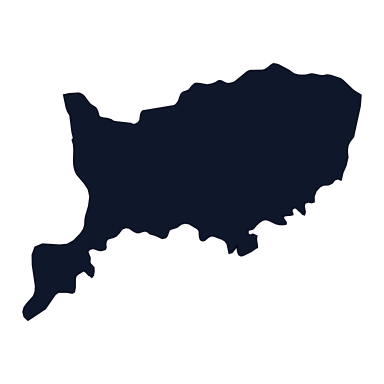 outline of Río Negro
{"feature_id": "URY-9", "entity_name": "Río Negro", "entity_type": "Department", "adm_level": 1, "iso_a3": "URY", "parent_name": "Uruguay", "parent_adm1": "", "projection": "equal_earth", "projection_center": [-57.526, -32.894], "detail": "fine", "context": "isolated", "style": "filled", "palette": "ink", "viewbox_px": 384, "rotation_deg": 0, "n_neighbors": 0, "source": "natural_earth", "source_scale": "10m", "svg_char_len": 3467}
<svg xmlns="http://www.w3.org/2000/svg" viewBox="0 0 384 384"><path d="M28.0,320.2L24.2,316.6L23.0,311.9L24.2,307.5L27.0,303.6L33.5,296.4L35.3,291.6L35.6,286.1L32.5,265.1L32.3,254.9L35.1,247.2L42.5,244.1L59.4,245.2L67.2,244.5L73.8,240.8L80.7,233.7L83.6,229.3L84.9,225.2L85.1,219.6L86.0,215.3L88.7,206.2L90.0,196.5L88.4,189.3L84.7,183.5L76.8,174.2L75.0,170.2L74.0,165.7L73.7,160.7L74.0,149.8L73.6,144.3L72.3,140.1L73.6,138.2L72.1,132.0L70.0,115.1L67.8,111.7L66.4,107.8L63.7,95.0L63.8,95.0L69.1,93.8L78.4,93.2L79.9,93.5L82.0,94.5L83.1,95.4L84.0,96.2L84.6,96.9L84.6,97.0L89.5,103.5L90.3,104.3L91.2,105.0L95.2,107.5L96.0,108.3L96.6,109.2L97.6,111.4L98.7,115.5L98.9,116.1L99.4,116.8L100.9,117.5L103.1,118.1L107.4,118.6L111.2,119.8L113.0,121.2L115.2,121.8L131.2,123.6L132.1,124.3L133.5,124.6L135.1,124.4L137.9,123.0L139.1,121.6L140.0,120.3L140.6,115.5L140.9,114.0L141.4,112.8L142.0,111.8L142.8,111.0L174.5,105.7L176.2,104.3L177.0,103.4L178.3,101.5L178.8,100.4L180.0,96.9L180.1,96.7L180.3,96.2L181.1,94.3L181.8,93.4L182.6,92.6L183.6,92.1L187.9,90.6L188.8,90.1L190.5,88.2L191.0,87.4L192.5,85.7L194.1,84.2L195.1,83.6L196.9,83.4L199.3,83.6L205.9,84.8L207.6,85.0L212.3,84.0L215.5,82.8L218.3,81.0L219.5,80.7L221.1,80.9L225.0,82.9L226.7,83.5L228.6,83.7L231.8,83.1L233.6,82.5L235.0,81.8L246.9,72.1L248.9,71.0L250.6,70.6L262.1,70.4L264.5,69.9L265.5,69.4L267.3,68.3L270.8,65.4L272.6,64.2L273.5,63.8L275.5,64.1L278.3,64.8L288.2,70.0L294.0,74.0L298.4,75.2L302.4,75.4L306.4,75.2L311.0,74.0L312.9,74.1L320.0,75.6L322.3,75.8L324.1,75.7L326.4,75.1L327.7,75.0L330.8,75.5L340.8,78.9L342.7,80.3L352.7,89.8L355.1,91.6L361.0,95.1L360.1,106.2L354.2,133.2L353.5,136.7L349.8,141.5L348.0,145.1L347.3,149.6L347.3,152.6L347.8,157.4L345.9,165.5L342.7,172.8L341.1,180.0L337.7,178.7L334.4,180.0L332.3,182.9L328.7,184.7L323.3,185.0L320.1,186.6L317.7,189.1L316.0,191.0L314.0,196.3L314.0,197.9L314.1,201.8L311.7,202.6L308.3,201.9L305.2,202.9L304.2,205.1L304.3,207.5L305.2,212.0L304.4,214.8L302.7,214.2L299.7,211.1L298.7,210.5L297.5,209.1L295.9,207.9L294.0,207.8L291.9,209.5L291.9,211.6L292.6,213.5L292.8,214.6L290.2,215.2L286.2,215.4L283.2,216.3L283.5,218.6L286.1,222.3L286.1,224.0L283.8,224.5L279.7,224.5L276.1,223.7L268.7,220.2L265.4,219.4L262.2,220.3L258.9,222.6L255.9,225.5L253.5,228.4L252.1,229.3L248.9,229.8L248.0,230.9L247.9,233.6L249.2,235.0L251.1,235.1L252.8,234.2L256.8,236.0L256.3,238.9L257.3,246.1L257.3,247.5L255.7,248.2L251.2,251.4L243.0,255.4L241.0,255.8L238.9,254.7L237.9,252.2L236.8,245.7L235.0,248.8L232.0,252.4L229.2,253.3L227.2,243.8L225.1,240.9L221.9,239.0L214.5,236.2L212.6,235.8L210.6,236.0L208.4,237.1L204.7,240.2L202.6,240.8L200.6,239.8L199.7,237.4L199.4,234.4L199.4,231.7L198.7,229.9L197.1,228.4L189.1,223.7L185.0,223.0L181.2,224.0L177.7,226.7L176.3,227.4L170.2,229.3L169.0,230.4L167.2,235.6L165.8,237.5L162.3,238.4L155.4,235.2L149.9,233.7L147.3,231.4L145.3,230.9L143.1,231.2L139.3,232.5L137.1,232.6L134.3,231.5L129.2,228.0L126.0,227.5L122.7,228.5L120.6,230.7L118.7,233.4L116.1,236.0L113.4,237.3L108.0,238.8L106.2,240.8L105.6,244.5L106.0,247.4L105.2,249.4L101.2,250.5L98.1,250.1L95.4,249.0L92.8,248.3L89.9,249.2L88.0,250.9L87.9,252.6L89.9,257.4L90.0,259.1L89.8,261.2L89.9,263.1L90.9,264.4L93.2,266.9L93.8,267.3L94.0,271.3L93.3,275.3L91.8,277.3L89.9,275.5L89.0,275.4L85.9,272.1L83.7,270.6L77.6,274.3L75.7,276.4L75.2,278.9L75.1,287.9L74.3,292.0L72.2,293.1L67.1,292.1L58.4,292.1L55.1,294.5L45.3,308.7L28.1,320.1L28.0,320.2Z" fill="#0f172a" stroke="#020617" stroke-width="1.5"/></svg>